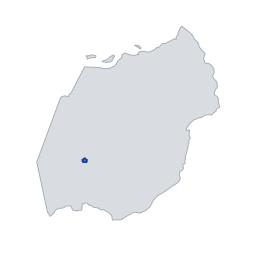 Shinyanga Urban, Shinyanga, United Republic of Tanzania (highlighted), rotated 258°
{"feature_id": "72390352B93356288072561", "entity_name": "Shinyanga Urban", "entity_type": "district", "adm_level": 2, "iso_a3": "TZA", "parent_name": "United Republic of Tanzania", "parent_adm1": "Shinyanga", "projection": "robinson", "projection_center": [33.442, -3.624], "detail": "fine", "context": "in_parent", "style": "filled", "palette": "blue", "viewbox_px": 256, "rotation_deg": 258, "n_neighbors": 0, "source": "geoboundaries", "source_scale": "gbopen_adm2", "svg_char_len": 4559}
<svg xmlns="http://www.w3.org/2000/svg" viewBox="0 0 256 256"><g transform="rotate(258 128 128)"><path d="M96.9,182.9L94.3,181.4L92.0,180.4L90.1,179.4L89.2,178.4L87.4,178.0L85.9,177.8L84.4,176.9L81.5,176.5L81.1,175.9L81.1,174.5L80.6,174.2L79.5,173.8L78.3,173.8L77.6,174.0L77.2,173.9L76.2,173.1L75.3,172.1L75.0,170.4L73.6,169.3L72.1,168.5L67.7,168.6L67.1,168.3L66.0,167.5L64.8,166.1L63.8,164.5L63.0,162.4L62.1,159.5L57.1,147.9L56.6,145.7L55.6,143.3L54.0,140.3L52.3,138.1L50.0,136.0L47.4,134.0L46.0,132.7L43.3,127.2L42.8,124.7L42.4,122.1L42.5,121.0L44.2,117.6L44.4,116.6L44.2,115.3L43.3,112.6L42.3,109.3L40.1,103.3L39.8,101.8L39.9,100.7L41.1,94.6L41.1,93.7L46.1,93.8L49.7,91.2L52.9,87.2L53.5,85.5L54.8,82.9L56.1,81.7L56.6,80.8L57.3,78.2L59.0,76.5L60.6,75.2L60.2,74.2L60.5,73.9L61.4,73.2L63.1,72.6L63.4,71.3L63.4,69.7L63.1,68.9L63.2,67.9L62.9,67.4L61.8,67.2L60.1,66.5L58.7,66.2L57.8,65.7L57.4,65.4L57.3,64.5L58.0,62.1L57.3,61.2L59.0,57.3L59.3,56.9L59.9,56.8L61.0,56.4L61.9,56.2L62.6,56.3L63.2,56.2L63.7,55.7L64.1,54.4L64.4,52.2L64.3,50.5L63.5,49.1L63.3,47.0L63.7,44.2L63.4,41.8L62.6,39.9L61.8,38.8L60.5,38.3L58.6,35.4L58.0,34.0L58.1,33.2L58.8,32.8L60.0,32.9L61.2,32.6L62.3,31.8L63.4,31.6L63.9,31.7L113.7,31.7L171.9,68.5L172.1,68.9L172.6,72.1L172.5,73.1L171.6,75.0L171.3,75.9L171.3,76.6L171.5,76.8L172.3,76.9L172.9,77.4L173.2,77.7L173.7,79.1L174.3,79.8L196.4,97.8L196.9,98.1L196.6,99.6L195.3,103.3L195.2,104.8L194.7,106.6L194.3,107.8L193.0,112.9L191.9,114.9L190.4,119.4L190.2,122.9L191.0,125.3L191.3,127.6L193.0,129.8L194.3,130.6L195.3,131.6L196.9,133.9L197.8,136.3L200.7,137.4L201.9,140.0L201.5,141.8L200.1,143.3L198.8,145.7L197.8,148.9L197.7,153.8L198.4,153.0L200.0,154.2L200.2,157.8L198.6,161.9L198.1,163.9L198.0,165.6L199.1,170.5L200.9,173.1L200.7,173.9L200.3,174.5L203.3,179.0L203.0,182.9L204.1,186.0L204.6,188.6L205.3,190.6L205.5,192.0L204.5,193.6L206.7,193.9L208.0,195.2L208.6,196.4L210.2,196.4L211.0,197.2L212.3,197.9L215.0,199.9L215.7,200.9L216.2,201.9L208.6,208.3L205.9,210.0L204.0,210.7L201.9,211.1L199.9,212.2L198.0,213.7L195.7,214.5L192.8,214.5L189.7,215.7L184.9,219.0L182.1,217.1L180.0,216.5L177.4,216.6L175.9,216.8L175.3,217.2L174.9,218.4L174.5,220.2L172.8,222.0L169.9,223.7L167.2,224.3L164.8,223.9L163.1,223.2L162.3,222.2L161.0,221.7L159.3,221.8L157.7,222.5L156.2,223.8L153.7,224.4L150.4,224.2L148.6,223.6L148.3,222.5L146.9,221.2L144.2,219.7L142.2,219.7L140.9,221.1L139.7,222.0L138.7,222.4L137.7,222.4L136.4,222.0L132.7,221.9L129.1,221.9L128.8,219.9L128.1,218.6L127.4,217.9L126.2,217.7L125.9,217.1L125.5,215.8L124.9,214.7L124.1,213.8L123.6,213.0L123.4,212.2L123.6,211.4L124.3,209.2L124.5,207.8L124.5,206.3L124.1,204.8L123.2,203.0L123.3,202.5L123.0,201.2L123.0,200.4L123.2,199.3L123.0,197.9L122.3,194.9L122.3,194.1L121.5,192.6L119.2,189.2L119.1,188.7L115.4,185.2L113.9,184.5L113.4,185.1L113.2,185.7L113.4,186.8L113.3,187.4L113.1,187.7L112.2,187.6L111.7,187.5L110.3,186.6L109.2,186.3L106.5,186.5L105.6,186.7L104.8,186.5L103.4,184.9L101.7,184.6L100.2,184.5L97.8,182.7L96.9,182.9ZM201.2,124.7L202.4,128.6L202.2,129.3L201.3,129.7L200.9,129.8L200.4,129.2L200.0,127.9L199.3,128.2L198.2,126.6L197.1,126.6L196.2,124.7L196.6,123.1L196.4,120.4L197.5,119.0L198.2,116.6L199.0,118.2L199.1,120.7L200.2,123.7L201.2,124.7ZM207.1,101.9L207.2,102.8L206.9,103.7L207.0,106.4L206.9,108.2L206.0,110.7L205.2,111.6L204.6,111.3L204.0,110.9L203.6,110.2L204.5,105.7L204.0,102.3L205.7,102.6L207.1,101.9ZM204.5,157.2L203.6,157.4L203.3,157.2L202.7,156.4L203.7,155.8L204.5,154.5L206.6,152.7L207.6,151.3L207.4,152.7L206.3,155.8L205.3,156.0L204.5,157.2Z" fill="#d9dde1" stroke="#a8b0b8" stroke-width="1"/><path d="M104.9,76.5L104.9,76.8L104.9,77.0L104.7,77.0L104.6,76.9L104.5,77.0L104.5,77.3L104.4,77.4L104.2,77.3L104.0,77.2L104.0,77.3L103.9,77.3L103.9,77.5L103.7,77.8L103.7,78.0L103.5,78.3L103.6,78.5L103.5,78.8L103.5,79.0L103.5,79.3L103.4,79.5L103.3,79.8L103.3,80.0L103.2,80.0L103.1,80.3L103.2,80.5L103.3,80.5L103.5,80.5L103.8,80.5L103.8,80.4L104.0,80.5L104.0,80.4L104.1,80.5L104.1,80.8L104.2,81.0L104.3,81.0L104.9,81.1L105.0,81.2L105.1,81.3L105.3,81.3L105.5,81.3L105.6,81.2L105.6,80.9L105.6,80.7L105.6,80.4L105.8,80.3L105.9,80.2L106.0,80.2L106.3,80.0L106.5,80.0L106.5,79.9L106.8,79.9L106.8,80.0L107.0,79.9L107.1,79.7L107.3,79.5L107.5,79.5L107.5,79.4L107.4,79.3L107.4,79.2L107.4,78.9L107.3,78.7L107.3,78.4L107.2,78.3L107.2,78.2L106.9,78.0L106.9,77.9L106.8,77.7L106.7,77.7L106.4,77.6L106.2,77.6L106.1,77.4L106.1,77.2L106.3,77.1L106.3,76.9L106.4,76.7L106.2,76.6L105.9,76.6L105.7,76.6L105.4,76.6L105.2,76.5L104.9,76.5Z" fill="#3b82f6" stroke="#1e3a8a" stroke-width="1.5"/></g></svg>